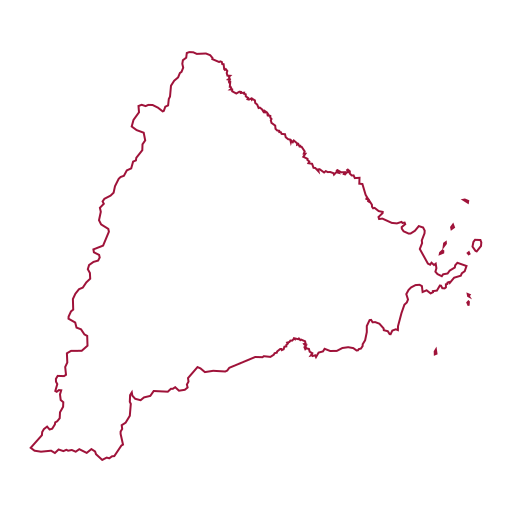 outline of Sawi, Chumphon, Thailand
{"feature_id": "78962969B1514020296761", "entity_name": "Sawi", "entity_type": "district", "adm_level": 2, "iso_a3": "THA", "parent_name": "Thailand", "parent_adm1": "Chumphon", "projection": "orthographic", "projection_center": [99.078, 10.244], "detail": "fine", "context": "isolated", "style": "outline", "palette": "rose", "viewbox_px": 512, "rotation_deg": 0, "n_neighbors": 0, "source": "geoboundaries", "source_scale": "gbopen_adm2", "svg_char_len": 5992}
<svg xmlns="http://www.w3.org/2000/svg" viewBox="0 0 512 512"><path d="M72.9,299.0L73.2,309.6L71.0,311.4L68.6,316.6L68.5,318.7L75.2,322.5L76.5,327.6L81.0,329.3L84.4,334.4L87.2,335.9L87.5,345.7L81.7,350.8L71.0,350.9L66.9,353.3L67.3,362.5L65.2,367.0L66.0,374.8L64.0,376.1L57.7,375.9L55.9,378.9L56.0,381.7L57.3,384.1L55.3,391.0L56.7,391.8L58.9,390.1L61.2,390.3L60.0,394.4L60.7,400.0L63.3,402.2L63.1,406.8L60.0,412.3L59.7,418.2L57.2,421.3L55.2,422.4L54.9,424.4L52.2,428.7L49.6,429.5L47.1,426.6L43.9,429.1L42.2,432.0L41.9,435.2L30.7,447.8L34.5,450.7L41.0,451.7L51.1,450.7L54.9,453.0L58.6,449.5L63.4,451.1L66.4,449.8L68.1,450.7L71.8,450.0L75.7,451.7L79.3,449.2L86.7,452.9L91.4,449.1L95.1,451.5L96.0,454.2L102.2,459.9L106.7,457.6L109.3,458.3L112.0,456.3L114.3,456.1L121.4,445.5L123.0,444.6L120.6,433.9L120.6,431.6L122.2,428.9L121.7,425.2L125.6,422.7L129.8,415.8L130.8,403.9L129.8,401.8L130.1,395.1L131.8,392.4L132.3,395.6L135.2,398.8L140.6,400.2L144.0,397.4L150.3,395.9L153.7,391.0L167.8,391.7L170.9,388.8L172.8,388.8L175.2,387.2L179.0,390.7L184.8,389.8L187.6,387.5L186.9,384.5L188.5,381.6L188.0,378.1L197.5,367.1L200.5,368.4L204.9,372.1L213.2,370.8L225.2,371.5L227.2,370.6L229.3,367.8L255.2,357.0L262.5,357.2L263.8,356.2L270.4,356.9L273.8,354.7L274.6,353.2L276.8,352.7L277.1,351.5L280.2,349.0L281.4,349.0L281.8,350.1L283.6,349.3L284.4,346.7L286.3,346.4L286.3,345.0L287.8,343.6L287.2,342.6L289.4,342.0L290.4,340.6L292.2,340.6L293.8,338.8L294.6,339.1L294.4,338.3L298.2,339.2L298.9,338.5L300.3,340.1L301.1,339.6L305.1,341.3L305.5,343.4L304.7,343.7L305.7,344.2L304.7,344.7L306.0,345.8L304.8,347.0L305.4,347.4L304.6,347.5L305.3,349.2L306.3,348.4L308.9,348.9L309.7,351.7L312.3,353.2L310.8,355.5L312.2,355.1L312.6,356.0L315.2,355.3L316.0,357.1L318.6,352.6L323.0,351.4L324.6,348.8L330.2,351.0L336.8,350.9L342.4,348.0L348.2,347.2L353.3,348.1L356.6,350.5L358.0,350.3L358.8,349.1L360.9,348.6L362.6,346.1L362.7,344.2L365.1,340.3L366.8,332.1L366.8,326.0L369.6,320.1L371.1,319.9L372.6,322.3L375.2,322.1L379.4,323.7L383.6,328.4L383.8,330.2L387.8,331.2L389.6,334.1L390.6,334.2L392.3,330.6L395.8,329.3L397.9,330.1L398.0,326.2L401.5,313.0L404.4,304.7L406.8,302.5L408.0,299.5L406.3,294.1L408.6,289.9L411.1,287.4L415.5,285.1L419.5,284.8L421.9,286.1L422.6,292.0L426.6,290.3L430.6,293.4L433.0,292.2L432.9,291.1L436.9,290.6L439.9,285.5L441.0,285.7L442.3,288.2L444.6,288.4L445.9,287.4L445.9,284.3L447.3,284.0L447.5,282.6L449.1,282.0L449.7,283.0L454.1,277.7L460.8,275.7L461.8,273.3L464.7,271.2L466.5,266.0L457.4,262.8L455.2,265.3L454.8,267.5L449.7,270.6L447.6,273.5L443.1,274.3L441.8,276.2L437.5,274.1L435.4,271.7L436.4,268.2L435.7,263.7L434.0,265.0L431.5,262.7L430.1,264.7L427.9,263.6L419.8,249.0L422.1,243.1L421.8,240.4L424.5,233.4L424.7,230.7L423.1,227.5L418.8,226.1L414.9,230.8L410.6,233.5L408.7,233.6L403.6,231.3L401.8,228.7L401.7,227.1L405.2,224.2L404.6,222.6L402.5,223.0L401.5,221.9L396.9,223.4L391.8,222.9L382.4,218.6L379.1,219.0L378.5,217.0L382.6,213.1L382.7,211.9L378.7,211.1L374.6,207.9L373.1,208.3L372.0,206.7L371.9,204.7L369.1,200.4L368.8,201.6L368.1,201.1L368.6,199.7L365.6,198.7L367.8,198.5L365.6,194.8L362.4,184.0L359.3,183.7L359.5,177.8L354.8,178.1L353.6,175.4L351.8,175.5L349.8,173.6L349.8,171.3L347.8,169.6L347.1,170.1L348.0,172.2L346.6,172.5L345.1,174.4L343.8,174.0L344.6,172.2L341.2,172.3L337.4,170.1L336.9,170.5L338.6,172.8L336.3,172.2L334.0,174.6L333.5,173.2L330.2,172.0L327.7,172.1L325.8,171.1L324.1,172.5L319.6,169.2L318.1,169.4L318.5,171.4L315.3,168.0L313.5,167.8L312.1,163.8L308.4,163.2L309.3,161.5L307.4,159.9L307.5,158.8L303.3,156.8L305.4,153.7L303.8,153.6L304.7,151.4L301.7,146.9L299.9,146.6L300.1,145.7L298.8,145.5L298.3,144.0L297.1,144.6L297.2,143.4L293.8,140.5L292.8,142.2L291.4,140.7L290.9,142.4L290.2,139.6L288.1,139.2L285.7,137.2L285.0,134.2L281.6,133.9L280.8,132.2L279.3,132.1L279.2,130.8L277.2,130.5L275.5,128.8L275.2,125.6L271.5,122.9L270.8,120.3L271.5,119.0L270.3,117.6L270.3,115.9L267.7,115.5L267.5,114.5L268.3,114.5L267.0,112.5L264.8,111.0L264.9,112.4L263.8,112.3L261.9,109.2L259.8,107.6L258.6,108.0L257.2,104.6L255.2,102.9L254.9,100.4L252.6,99.0L251.9,99.7L251.5,98.4L248.9,99.6L247.5,99.2L248.1,97.9L245.8,96.4L245.7,94.3L244.0,93.7L244.1,92.7L240.8,93.0L240.9,91.9L239.4,91.7L236.3,93.5L232.2,91.3L232.2,89.6L230.4,89.5L231.5,88.7L230.6,86.8L229.8,86.8L230.2,82.2L229.2,82.5L228.9,81.8L229.8,79.9L228.1,79.5L229.6,78.3L228.9,76.8L230.0,75.8L227.4,75.6L226.7,73.0L227.3,71.0L225.8,69.1L224.9,69.9L224.2,69.2L223.6,64.2L222.3,64.1L221.8,62.0L220.3,61.4L219.1,62.0L212.3,59.1L212.5,58.0L210.2,55.2L205.9,53.5L196.8,53.9L193.3,52.3L189.3,52.1L186.8,53.0L186.2,57.7L182.9,60.2L182.3,63.8L183.2,67.7L181.5,71.9L179.9,73.0L178.1,77.4L174.2,80.7L171.0,85.7L170.0,96.6L168.8,99.0L168.1,105.4L165.3,106.7L163.8,110.9L162.7,111.4L158.0,107.7L152.6,105.0L148.3,104.9L145.6,106.1L141.7,104.8L138.5,106.0L139.0,112.3L133.5,119.9L131.7,126.5L136.6,130.1L143.7,132.7L145.2,140.4L142.5,144.3L142.3,150.2L136.3,157.8L135.9,160.4L133.1,161.6L131.2,168.4L126.8,170.4L123.9,175.8L120.6,177.0L118.7,178.8L115.0,186.2L113.6,192.7L110.6,195.6L104.4,198.8L102.6,201.4L103.8,203.8L99.9,207.8L100.8,211.8L99.0,220.2L101.1,224.4L108.3,228.9L108.9,231.7L103.1,245.6L93.4,249.4L93.9,252.3L99.1,254.9L99.7,257.5L98.1,260.6L93.5,261.9L89.1,265.0L87.8,269.2L89.9,273.0L90.2,278.7L86.3,282.4L82.8,287.6L79.0,289.2L75.4,293.7L72.9,299.0ZM476.7,251.4L481.0,246.0L481.3,242.4L480.4,240.0L475.0,239.8L473.4,242.0L472.5,246.6L475.5,250.9L476.7,251.4ZM464.8,199.5L463.3,199.8L467.9,202.7L468.2,200.9L464.8,199.5ZM453.0,224.6L451.1,227.2L451.5,229.1L454.0,227.3L453.0,224.6ZM443.2,252.7L443.3,251.0L442.6,250.4L440.1,252.7L439.8,254.1L443.2,252.7ZM434.8,354.4L436.5,353.7L435.9,349.5L434.7,351.5L434.8,354.4ZM468.6,305.6L468.9,301.9L468.4,301.4L467.3,302.6L468.6,305.6ZM443.7,246.5L445.9,243.6L445.8,242.2L444.1,243.4L443.7,246.5ZM469.2,296.7L468.7,295.9L469.6,294.8L467.7,294.0L468.1,296.1L469.2,296.7ZM468.7,254.3L469.5,253.8L468.8,252.2L467.7,253.1L468.7,254.3Z" fill="none" stroke="#9f1239" stroke-width="2"/></svg>